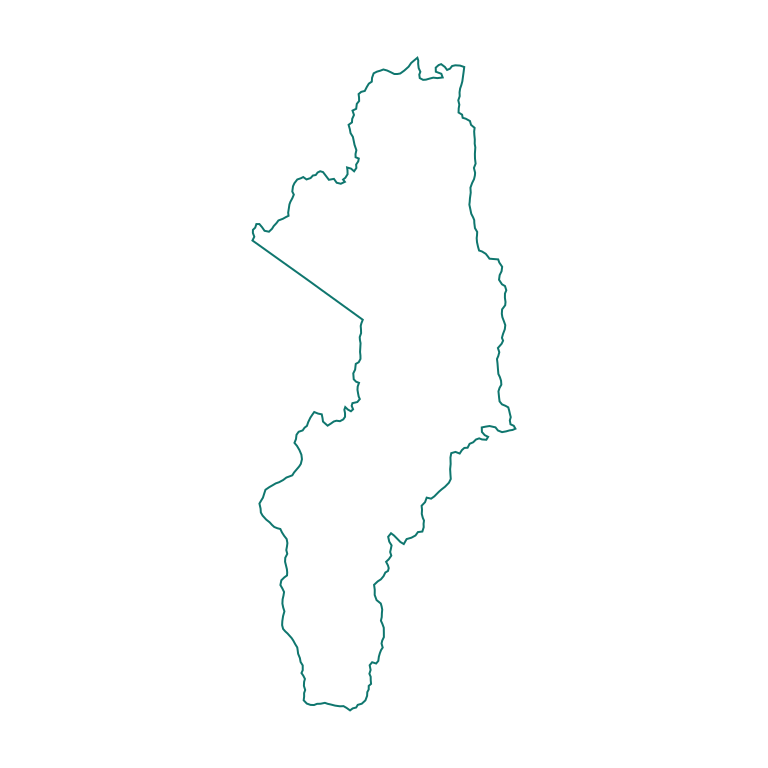 the district of Ibicuí, Bahia, Brazil, rotated 344°
{"feature_id": "56859067B84380498054851", "entity_name": "Ibicuí", "entity_type": "district", "adm_level": 2, "iso_a3": "BRA", "parent_name": "Brazil", "parent_adm1": "Bahia", "projection": "albers", "projection_center": [-39.87, -14.661], "detail": "fine", "context": "isolated", "style": "outline", "palette": "teal", "viewbox_px": 768, "rotation_deg": 344, "n_neighbors": 0, "source": "geoboundaries", "source_scale": "gbopen_adm2", "svg_char_len": 5841}
<svg xmlns="http://www.w3.org/2000/svg" viewBox="0 0 768 768"><g transform="rotate(344 384 384)"><path d="M527.4,327.6L527.3,323.2L524.9,320.7L523.3,315.5L525.2,311.2L528.1,308.0L529.9,303.9L528.3,299.0L528.1,295.7L524.1,294.2L519.9,292.6L518.9,289.8L517.7,286.9L514.7,283.6L512.2,281.9L512.2,278.0L512.5,273.3L513.3,269.3L514.4,266.7L515.5,263.5L514.4,259.2L515.2,254.1L515.9,251.3L515.6,248.5L514.8,244.4L515.2,239.2L515.5,235.1L516.6,232.5L517.8,229.2L520.1,224.0L521.2,219.1L524.1,215.1L527.0,211.9L528.8,208.7L529.8,206.1L530.0,201.1L532.8,197.4L533.6,192.4L534.8,187.8L536.0,184.5L537.0,181.7L537.4,178.1L538.7,173.9L539.5,169.5L540.3,166.0L541.7,162.8L539.1,158.9L539.1,154.9L535.7,151.5L533.0,149.8L533.3,146.6L530.5,143.6L531.8,139.6L533.4,136.3L533.6,131.8L536.1,128.2L537.0,124.5L538.6,121.0L540.7,118.0L542.7,114.7L544.2,111.3L546.5,106.1L548.5,101.4L544.9,98.9L540.4,97.3L537.1,97.1L534.3,99.1L531.2,99.5L529.9,96.0L527.1,92.3L524.4,92.5L520.9,94.2L519.9,98.1L524.6,101.6L524.9,105.5L519.7,104.7L515.8,103.1L512.3,103.0L508.2,103.0L505.4,102.4L502.7,99.8L503.2,96.3L505.0,93.9L504.4,89.9L505.1,85.6L506.1,82.4L506.0,79.6L501.9,81.4L498.6,82.9L495.1,85.8L489.9,88.3L485.2,90.0L482.3,89.7L479.3,88.8L476.6,86.3L473.4,83.5L470.1,81.5L466.8,81.8L463.3,81.8L459.7,82.5L456.9,86.4L455.6,90.0L452.2,91.1L449.4,93.7L446.3,97.0L442.6,96.9L439.5,98.3L439.0,101.6L438.1,105.1L435.1,107.2L433.1,111.8L429.1,112.5L429.3,117.1L426.5,120.4L425.3,123.7L421.4,125.1L421.4,129.6L421.0,133.6L422.2,137.9L421.9,142.2L421.6,145.9L421.9,151.6L420.0,155.1L419.2,158.2L421.9,160.3L420.6,162.9L417.7,165.4L417.0,168.7L413.9,171.3L411.7,167.9L408.2,165.7L407.8,168.5L406.8,172.3L403.7,175.1L401.0,176.2L402.1,178.9L397.7,179.6L394.0,177.5L392.4,173.0L387.3,172.5L385.6,168.1L383.8,163.5L381.3,161.9L378.5,162.4L376.0,164.3L373.1,164.0L370.2,165.8L365.9,166.0L363.4,162.8L360.8,163.3L357.0,163.5L353.2,166.3L351.0,168.9L348.9,173.7L349.5,177.1L347.2,180.0L344.2,183.1L342.6,185.3L341.0,188.8L339.1,192.9L338.6,196.0L335.8,196.5L332.4,197.3L327.6,197.7L325.0,199.7L321.5,201.8L319.2,203.9L315.4,205.9L311.4,203.8L310.0,199.7L308.3,195.9L305.4,195.1L303.3,198.2L300.5,199.7L299.6,202.6L299.9,206.7L297.1,209.8L341.3,265.4L349.8,276.3L381.3,316.4L379.0,319.4L377.6,321.8L376.9,325.3L376.0,328.8L373.6,332.2L373.0,335.0L372.7,338.3L371.1,342.9L369.8,346.6L369.2,350.1L368.3,353.4L365.7,356.1L362.4,356.9L360.2,362.2L357.4,365.3L356.8,368.2L356.2,371.1L357.8,374.1L360.3,376.0L358.0,379.2L356.9,382.3L356.5,385.7L356.2,389.1L356.6,391.8L353.4,394.0L348.4,393.7L346.9,396.1L347.3,399.8L344.7,401.1L342.2,398.6L340.4,395.5L338.8,397.8L338.5,401.3L337.5,404.8L335.1,406.8L331.4,407.6L328.2,406.2L325.4,406.2L322.0,407.4L318.3,408.5L316.5,405.7L315.0,403.3L315.5,399.8L315.8,396.0L312.5,394.3L309.2,391.7L306.6,393.8L304.0,396.0L300.6,399.8L298.4,403.0L295.6,404.1L293.0,406.2L288.8,406.4L285.9,408.7L284.2,412.7L281.7,415.9L283.3,419.5L284.5,424.2L285.1,429.2L284.4,433.7L282.0,437.9L279.7,439.9L276.4,442.1L273.1,444.3L270.7,446.5L267.4,446.8L264.4,447.0L260.6,448.5L256.0,449.5L252.5,449.7L249.1,450.6L245.4,451.5L240.9,453.0L238.6,456.4L236.3,459.9L234.0,462.0L231.3,464.6L231.0,469.8L230.2,473.6L231.0,477.0L233.4,481.9L236.0,485.5L237.5,488.6L239.1,491.2L241.8,493.3L244.4,494.8L245.0,498.5L246.2,502.5L247.7,506.2L247.3,510.3L245.9,513.5L244.3,516.7L244.2,520.6L241.2,523.8L239.9,527.6L239.8,530.7L239.6,535.3L239.0,538.5L238.0,541.3L234.9,542.4L231.2,544.4L229.0,548.7L230.0,552.8L230.6,556.4L229.0,559.8L227.2,563.0L225.8,567.1L225.5,571.0L225.6,575.1L223.0,579.3L220.9,583.9L219.6,587.7L219.5,591.6L220.9,594.6L222.5,597.2L223.8,599.9L225.2,602.8L226.1,605.7L227.0,609.8L228.0,613.3L227.6,616.4L227.1,619.6L227.6,624.3L227.2,628.2L228.3,632.1L227.0,636.7L225.0,639.1L226.0,642.1L226.7,645.7L225.1,648.3L223.8,652.1L223.9,656.4L222.0,659.1L221.1,662.4L219.6,665.9L221.7,669.9L224.9,672.2L228.2,673.3L231.5,673.0L235.0,673.9L239.3,674.2L241.7,675.9L244.3,677.3L248.4,679.7L252.9,681.7L256.3,682.5L258.7,685.0L261.4,688.4L264.5,687.2L268.1,687.3L270.3,685.2L274.5,685.2L278.9,683.0L281.8,679.1L283.0,675.6L285.1,673.4L286.1,670.0L288.9,668.7L289.6,665.0L290.5,661.7L290.1,658.5L292.3,655.2L292.7,650.4L295.9,648.2L299.4,650.5L302.2,648.6L303.9,644.7L305.9,641.5L307.9,638.9L310.1,637.0L310.1,632.8L311.6,630.1L314.1,627.3L315.4,622.7L316.6,618.2L316.3,614.0L315.8,610.7L317.6,607.4L318.8,603.7L320.1,600.4L320.4,597.1L320.4,594.1L317.3,589.7L316.9,584.2L318.4,579.2L319.1,574.3L323.6,572.0L327.2,570.9L330.6,568.6L333.3,565.6L336.3,564.8L337.8,562.3L337.8,559.5L337.0,555.5L340.4,553.7L343.7,551.0L343.6,547.2L345.2,544.3L346.8,541.2L345.6,537.0L345.9,532.0L349.6,529.4L351.8,532.3L354.0,536.3L356.2,540.4L358.9,543.3L363.0,539.3L368.0,539.3L372.5,538.3L375.8,535.7L380.2,536.4L382.7,532.6L383.5,529.3L384.8,526.3L384.4,523.3L384.5,519.3L385.9,515.3L386.6,511.4L390.9,508.9L393.7,505.0L397.7,507.2L401.4,505.9L403.7,504.6L407.1,502.7L410.3,501.2L414.3,499.6L419.2,496.8L422.0,493.7L422.9,489.4L424.1,484.1L426.0,479.3L427.6,473.0L429.6,469.0L434.0,469.0L437.6,471.7L440.7,469.0L443.6,467.6L446.8,468.3L449.8,465.1L453.7,464.6L457.1,462.7L460.5,462.5L462.9,464.3L467.0,465.8L469.5,463.5L466.7,460.9L464.9,457.1L466.0,452.7L469.9,453.0L473.9,453.5L479.2,456.4L480.7,460.1L484.2,462.8L488.4,463.2L491.8,463.2L494.9,463.6L498.0,463.2L497.2,459.9L494.5,457.6L494.9,453.7L496.7,450.8L496.8,447.4L497.0,443.9L497.0,440.7L494.7,438.4L491.8,436.1L490.3,432.6L490.9,428.7L491.5,425.4L492.0,422.6L494.0,419.6L496.6,417.0L497.4,413.2L497.3,409.4L496.7,405.9L497.7,400.8L498.8,395.4L499.5,391.1L501.5,388.7L503.6,385.2L503.4,380.8L508.2,377.7L510.4,375.2L510.1,372.1L512.2,368.7L515.2,364.7L516.8,360.9L516.6,357.3L516.2,352.4L516.6,349.0L518.1,344.8L522.2,341.7L523.4,338.7L524.0,334.4L525.2,330.4L527.4,327.6Z" fill="none" stroke="#0f766e" stroke-width="2"/></g></svg>